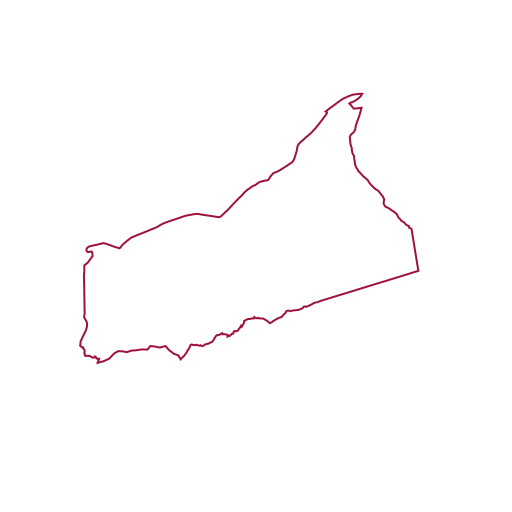 Funyula, Western, Kenya (Equal Earth projection), rotated 224°
{"feature_id": "3690345B93161899730703", "entity_name": "Funyula", "entity_type": "district", "adm_level": 2, "iso_a3": "KEN", "parent_name": "Kenya", "parent_adm1": "Western", "projection": "equal_earth", "projection_center": [34.091, 0.245], "detail": "fine", "context": "isolated", "style": "outline", "palette": "rose", "viewbox_px": 512, "rotation_deg": 224, "n_neighbors": 0, "source": "geoboundaries", "source_scale": "gbopen_adm2", "svg_char_len": 4903}
<svg xmlns="http://www.w3.org/2000/svg" viewBox="0 0 512 512"><g transform="rotate(224 256 256)"><path d="M292.3,446.4L293.7,445.1L297.1,441.0L298.0,439.9L298.8,438.5L300.1,435.8L300.7,434.6L301.2,433.3L302.4,430.3L302.9,428.6L303.9,423.3L304.5,419.2L304.8,417.6L305.4,414.4L306.3,408.3L304.8,408.6L304.0,407.6L303.5,403.8L303.3,402.1L303.1,400.4L302.7,397.1L302.2,392.1L302.1,390.6L301.9,387.4L301.9,386.2L301.9,384.9L301.8,383.3L302.0,381.0L302.2,378.6L302.5,376.3L302.6,373.8L302.7,372.4L302.9,370.6L303.1,368.8L303.1,366.3L302.6,364.3L301.8,363.0L300.8,361.4L300.0,360.3L299.2,359.0L298.6,357.7L298.0,356.6L297.4,355.1L296.5,353.5L295.9,352.3L295.4,350.7L295.1,349.1L295.4,347.0L295.8,345.6L296.1,344.2L296.4,342.7L296.8,341.2L297.0,339.8L297.5,338.1L297.9,336.8L298.1,335.3L298.6,333.8L299.0,332.7L299.3,331.5L300.1,329.9L300.7,328.4L301.1,327.1L301.0,325.7L300.9,323.8L300.6,322.0L300.2,320.6L300.1,318.9L300.8,318.0L301.5,317.0L302.8,315.1L303.6,313.8L304.4,312.4L305.0,311.0L305.4,308.8L305.7,306.8L306.8,304.4L307.2,302.7L307.4,301.2L307.8,299.5L308.2,297.6L308.5,293.2L308.4,291.5L308.3,290.3L308.3,288.5L308.4,287.0L308.5,285.3L308.4,282.3L308.5,280.9L308.5,279.5L308.3,269.8L308.4,268.0L308.8,259.6L309.6,258.2L322.5,249.0L327.0,245.9L328.0,245.0L330.1,242.4L334.5,236.2L337.4,230.7L339.9,225.7L340.8,224.1L342.3,221.2L343.0,219.9L343.7,218.3L344.7,216.3L345.4,214.7L346.0,212.8L346.5,211.2L347.4,207.7L347.9,206.6L349.0,204.1L349.6,202.8L350.3,201.2L351.7,197.9L353.8,193.3L355.5,189.5L356.0,188.4L356.6,187.0L357.8,184.2L358.5,182.6L358.7,181.4L359.0,179.2L359.3,177.2L359.5,175.0L359.8,171.3L359.5,168.6L359.5,166.8L363.9,164.4L367.2,163.0L369.6,161.9L372.2,160.7L374.7,159.3L376.5,156.5L378.1,153.8L379.4,152.0L380.7,150.0L382.6,147.0L383.1,145.0L382.9,143.6L382.2,142.4L380.8,141.9L379.5,142.1L378.6,143.3L377.6,144.9L376.6,145.0L375.6,144.3L374.7,143.4L373.6,142.6L373.3,141.2L373.3,139.9L372.9,138.7L372.9,137.1L372.5,135.4L372.4,133.8L372.7,132.1L373.0,130.1L371.7,128.6L370.3,127.3L369.3,126.2L368.4,125.3L367.5,123.9L366.7,123.0L355.4,111.7L339.4,95.7L338.3,94.2L337.2,92.6L335.6,92.1L334.1,91.6L332.9,91.3L331.4,90.6L330.1,89.7L329.3,88.6L328.3,87.4L327.3,85.5L326.5,83.8L325.8,81.6L325.1,79.5L324.4,77.1L323.8,75.5L322.8,72.6L321.6,71.3L320.8,70.3L320.3,69.3L319.1,69.5L317.9,69.4L316.8,70.2L316.0,69.5L315.0,69.4L313.7,69.1L312.8,68.1L312.2,67.0L310.8,66.3L309.3,65.6L308.4,66.7L307.5,67.4L306.5,68.5L305.3,68.8L304.1,69.1L302.8,69.5L301.8,70.6L302.1,71.8L301.0,72.1L299.9,71.7L298.5,71.8L297.5,73.1L296.8,71.9L296.3,70.2L295.7,69.1L292.6,74.3L290.3,80.2L290.3,87.6L289.0,91.9L285.3,95.1L282.2,97.0L279.8,101.5L276.9,104.7L273.4,109.3L269.1,113.3L269.5,117.8L266.0,120.5L261.6,123.3L258.5,128.4L253.1,127.9L247.4,128.6L242.8,130.5L240.6,129.9L239.6,129.7L238.5,129.3L238.4,134.3L238.6,136.0L238.9,137.8L239.1,139.5L239.7,140.5L239.6,141.9L240.3,143.7L240.6,145.2L241.3,146.5L240.8,147.7L239.5,148.2L238.6,149.1L237.6,149.8L237.1,150.9L235.8,151.4L234.4,152.2L233.9,153.3L232.5,153.5L231.6,154.6L231.1,157.0L230.4,158.4L229.5,159.6L228.0,163.8L228.0,165.4L228.7,168.1L229.0,169.4L229.2,170.8L229.1,172.2L227.6,173.4L227.3,175.5L226.7,176.9L225.8,176.4L225.0,177.4L222.6,179.0L221.4,179.6L220.5,178.3L219.3,180.6L219.3,183.3L218.4,184.4L219.5,186.1L219.1,187.6L217.9,188.0L217.2,189.8L217.6,191.4L217.8,193.7L218.3,195.5L217.1,195.3L218.3,199.9L219.4,201.0L219.0,202.2L218.6,203.5L217.9,205.2L216.5,206.6L215.8,208.1L214.8,208.9L214.1,209.7L214.8,210.9L213.7,211.1L211.8,212.0L211.2,213.4L210.2,213.5L207.2,216.1L202.7,217.1L199.3,217.3L198.5,219.8L198.4,221.4L197.9,223.3L197.3,224.9L196.9,226.5L195.2,230.0L195.4,232.8L195.3,234.3L195.3,236.0L195.9,237.3L195.1,238.9L193.8,239.9L192.8,240.3L192.1,241.8L188.2,246.5L187.4,248.0L186.2,250.8L186.4,252.8L185.6,254.0L184.7,254.2L183.9,255.7L182.1,260.7L181.7,262.4L180.9,263.8L180.1,264.9L179.0,267.0L178.3,268.7L177.5,270.1L153.8,313.0L139.4,339.0L128.9,358.1L162.8,383.4L164.0,383.3L165.3,382.7L166.6,383.7L168.4,383.2L169.7,382.7L171.2,382.9L173.5,382.9L175.8,382.3L178.3,382.6L180.5,382.7L183.8,383.9L187.5,383.7L189.9,383.1L193.2,382.7L197.5,381.4L198.8,381.7L200.6,382.3L202.0,384.1L203.3,386.0L204.8,386.3L206.7,387.1L208.3,387.1L210.6,387.5L213.3,387.9L216.4,387.1L219.9,387.0L221.9,387.0L225.2,387.4L228.8,388.3L231.4,388.0L233.8,387.9L235.8,387.9L238.4,388.1L240.3,388.3L241.2,388.0L242.4,388.7L243.6,388.9L244.7,389.1L246.2,389.7L247.6,390.2L248.7,391.0L249.7,391.8L251.3,393.0L253.0,394.3L255.2,396.1L257.8,396.8L260.7,398.8L261.9,400.0L265.9,402.2L269.9,405.7L271.2,406.7L271.6,407.7L272.0,409.2L271.9,410.9L271.7,412.5L272.0,414.2L272.5,415.8L274.9,419.4L276.1,421.9L279.2,428.9L283.0,435.9L286.1,432.1L288.2,429.9L289.6,430.0L290.9,430.2L292.5,430.5L293.4,430.6L294.7,430.4L294.6,431.9L293.6,433.7L292.8,435.7L292.3,437.9L291.8,440.7L291.7,443.7L292.3,446.4Z" fill="none" stroke="#9f1239" stroke-width="2"/></g></svg>